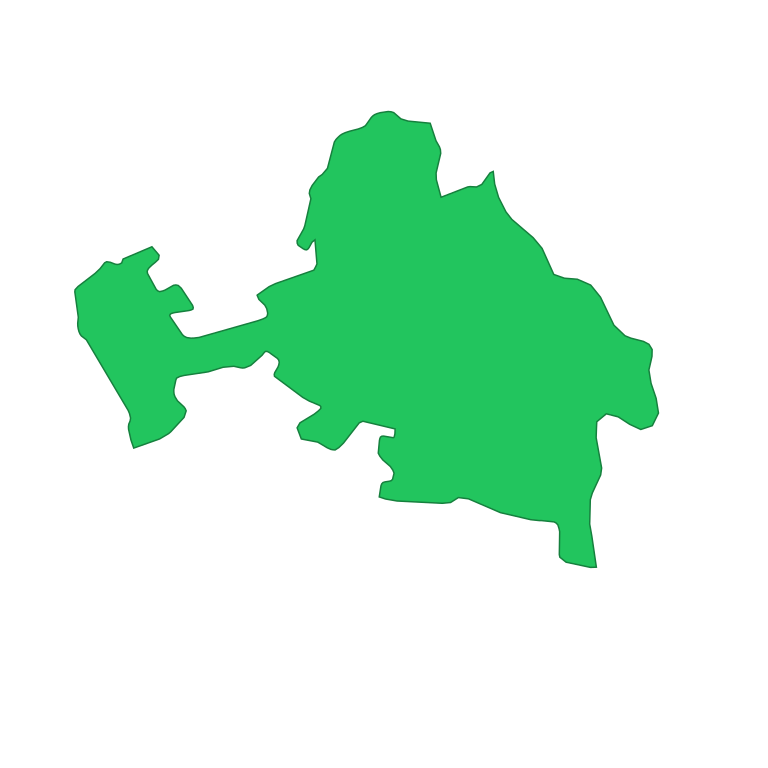 the Republic of North Ossetia, rotated 247°
{"feature_id": "RUS-2305", "entity_name": "North Ossetia", "entity_type": "Republic", "adm_level": 1, "iso_a3": "RUS", "parent_name": "Russia", "parent_adm1": "", "projection": "natural_earth1", "projection_center": [44.363, 43.191], "detail": "fine", "context": "isolated", "style": "filled", "palette": "green", "viewbox_px": 768, "rotation_deg": 247, "n_neighbors": 0, "source": "natural_earth", "source_scale": "10m", "svg_char_len": 3459}
<svg xmlns="http://www.w3.org/2000/svg" viewBox="0 0 768 768"><g transform="rotate(247 384 384)"><path d="M311.0,644.3L304.8,641.5L300.7,638.6L293.4,633.3L280.3,630.1L264.5,628.9L250.0,625.3L240.8,614.7L241.8,602.6L250.9,594.4L262.2,586.8L269.7,577.0L266.1,565.1L260.3,562.3L251.7,558.3L221.6,551.5L215.6,547.9L202.3,533.2L196.9,528.7L174.7,518.6L162.5,515.8L132.4,507.9L134.5,502.4L148.8,482.0L155.8,478.2L158.4,478.7L179.4,488.0L182.3,488.6L186.4,489.0L188.8,488.1L190.6,486.7L196.8,475.5L197.7,473.4L201.8,466.0L220.1,440.9L245.3,416.9L250.4,408.1L248.9,399.0L251.4,391.1L271.2,350.3L277.6,340.4L281.9,335.5L291.4,341.4L292.9,342.8L293.7,344.6L293.5,346.7L292.4,351.0L292.2,353.0L293.0,354.7L298.0,358.4L301.2,358.5L305.6,357.6L314.4,353.3L319.1,352.0L322.6,351.7L333.9,357.8L335.3,358.8L336.5,360.0L336.8,361.6L336.2,363.3L331.1,371.3L330.9,372.0L331.3,372.7L333.9,374.6L338.3,376.7L358.0,350.0L357.9,346.0L345.5,323.7L343.1,317.5L342.4,313.2L343.4,311.3L344.5,309.6L347.5,306.8L356.4,300.3L365.7,286.4L377.6,286.9L381.1,291.5L383.5,308.0L384.9,313.1L386.2,316.3L387.9,317.0L389.3,316.5L397.4,308.6L403.4,304.0L433.9,286.2L435.7,286.7L437.2,287.9L441.0,293.0L442.7,294.6L445.0,296.1L447.2,296.4L449.2,295.9L458.1,290.5L459.6,289.2L460.3,287.6L459.9,286.3L458.1,283.0L453.2,268.6L453.3,262.2L453.9,260.2L455.0,258.3L459.0,252.7L462.3,242.4L463.9,226.9L470.0,203.3L470.7,198.9L470.5,195.5L469.2,194.1L461.1,188.4L459.0,187.5L456.7,186.8L454.0,186.6L449.2,187.3L441.2,190.9L439.0,191.4L436.6,191.4L431.4,186.9L423.4,169.2L422.5,166.4L421.1,156.0L422.8,128.6L431.4,129.2L442.2,131.2L444.6,132.1L446.8,133.4L449.1,135.8L451.6,137.4L456.3,138.2L459.6,138.2L541.0,127.3L546.5,124.2L548.8,123.7L551.5,123.7L554.2,124.1L557.0,124.8L559.6,125.8L564.9,128.7L589.6,135.4L591.5,136.5L593.3,140.5L598.7,161.3L601.1,167.7L604.7,174.2L604.9,176.5L603.0,179.6L599.5,183.2L598.3,185.0L597.7,187.1L597.9,189.8L601.0,192.7L601.0,224.0L590.4,227.3L586.9,225.1L585.4,221.1L584.2,217.0L582.7,213.0L581.6,211.3L580.2,210.0L578.1,209.5L560.0,211.3L558.2,212.1L556.7,213.5L556.1,216.6L556.0,219.2L557.1,228.8L556.5,231.1L555.1,233.1L551.4,234.8L531.2,238.5L529.0,238.3L527.6,237.4L527.5,235.5L527.8,233.3L531.5,219.3L531.9,216.9L531.9,214.8L531.0,213.6L529.3,213.5L508.2,217.7L505.9,218.8L503.8,220.6L501.7,224.1L500.6,226.8L499.1,232.0L491.5,292.7L491.2,297.8L491.3,300.2L491.6,302.1L492.7,303.4L494.6,304.6L499.2,305.5L503.2,305.1L510.7,301.9L515.3,301.9L515.4,302.0L518.5,316.3L518.8,323.4L516.2,363.9L518.7,367.0L520.7,369.2L543.7,376.8L542.7,373.2L539.1,368.6L538.1,367.1L537.7,365.3L538.5,363.8L540.0,362.5L545.2,359.2L547.4,359.1L549.9,360.0L558.1,370.6L560.7,373.0L583.1,389.1L588.6,389.7L591.6,391.6L594.8,395.4L600.1,404.7L601.0,409.0L604.6,416.2L626.2,432.9L627.8,435.3L628.5,436.8L629.3,438.8L630.0,440.8L630.4,443.0L630.5,446.6L630.1,451.3L628.8,459.9L628.6,464.4L629.0,467.7L630.0,469.5L634.3,476.4L635.1,478.4L635.6,480.5L635.6,483.3L635.2,486.6L633.2,494.3L631.8,496.9L630.0,499.0L621.4,503.2L616.6,508.9L606.0,528.4L587.6,526.9L580.6,527.7L577.7,527.5L574.1,526.3L557.9,514.4L551.6,512.0L533.6,509.5L532.7,538.0L532.1,540.3L529.2,546.2L529.5,552.0L536.9,564.1L537.0,567.6L524.8,564.0L511.0,562.4L494.8,563.5L485.5,566.0L460.3,578.5L447.1,582.5L418.5,583.1L410.9,591.4L404.9,602.9L398.9,608.6L394.3,612.9L390.6,614.0L379.3,617.2L348.3,618.6L334.2,624.7L329.8,629.1L321.8,639.5L317.0,643.4L311.0,644.3Z" fill="#22c55e" stroke="#15803d" stroke-width="1.5"/></g></svg>